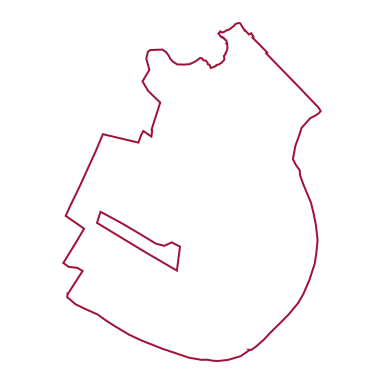 outline of Tatakamotonga, Tongatapu, Tonga
{"feature_id": "48082658B12474943410263", "entity_name": "Tatakamotonga", "entity_type": "district", "adm_level": 2, "iso_a3": "TON", "parent_name": "Tonga", "parent_adm1": "Tongatapu", "projection": "albers", "projection_center": [-175.133, -21.226], "detail": "fine", "context": "isolated", "style": "outline", "palette": "rose", "viewbox_px": 384, "rotation_deg": 0, "n_neighbors": 0, "source": "geoboundaries", "source_scale": "gbopen_adm2", "svg_char_len": 1972}
<svg xmlns="http://www.w3.org/2000/svg" viewBox="0 0 384 384"><path d="M67.5,293.8L67.2,297.2L75.6,304.3L84.9,308.8L97.8,314.6L106.1,320.6L115.7,326.7L129.5,334.9L141.5,340.5L163.0,349.0L175.7,353.2L188.6,357.6L201.2,359.8L207.0,359.7L212.8,360.7L218.3,361.0L228.4,359.8L240.8,356.1L249.5,350.1L249.1,349.8L251.3,349.9L256.1,346.5L263.9,339.6L271.0,332.0L279.7,323.5L288.8,314.3L298.0,303.2L303.2,294.3L309.3,280.2L314.7,263.8L316.3,253.2L317.6,240.1L315.9,225.2L313.6,213.4L310.9,202.5L303.6,185.1L300.1,175.4L299.9,173.0L299.7,170.3L295.8,164.8L292.9,159.0L295.4,145.8L299.2,135.4L301.5,128.0L310.2,118.2L316.2,115.1L319.2,112.9L320.7,111.0L318.3,107.4L299.9,88.1L266.1,53.3L267.2,52.5L261.8,47.0L252.4,37.5L253.5,36.8L251.3,33.3L249.0,34.5L245.0,30.3L244.7,30.6L240.2,23.3L238.4,23.0L237.2,23.4L236.1,23.8L235.3,24.2L234.6,24.8L234.1,25.9L232.5,26.9L230.1,28.9L228.5,29.8L226.5,30.3L224.7,31.6L223.9,31.9L223.3,32.2L222.1,32.5L220.3,31.4L219.6,32.6L218.4,33.4L220.9,36.7L222.2,36.9L222.3,37.7L223.6,37.7L223.8,38.5L224.8,39.2L225.6,40.2L226.2,40.3L227.1,43.3L226.5,43.7L227.2,44.1L227.4,47.5L227.2,49.6L226.1,52.2L225.5,53.0L225.7,53.8L223.9,56.0L224.2,57.6L224.4,58.7L224.0,60.1L223.6,60.6L221.3,62.9L218.6,64.6L217.0,64.8L216.2,65.2L215.9,66.0L214.5,66.6L210.8,68.0L209.5,64.8L207.8,64.3L207.5,62.7L205.7,60.5L203.4,60.3L202.0,58.4L200.1,58.0L194.9,61.8L189.4,64.2L183.9,64.6L177.2,64.4L172.8,61.6L170.3,58.8L168.5,55.3L166.0,52.1L162.5,49.6L150.4,50.0L147.9,51.8L146.3,58.7L148.8,67.8L149.4,69.8L142.5,81.4L148.2,91.0L153.9,96.5L160.2,102.6L154.3,121.0L151.5,129.9L152.2,130.4L151.4,136.6L143.3,131.0L141.0,135.4L138.4,142.6L102.9,134.2L95.2,152.4L78.7,188.5L69.7,206.9L65.7,215.9L72.1,220.3L84.1,228.7L76.0,242.4L63.3,263.0L68.8,266.9L77.3,267.8L82.6,271.0L67.8,294.0L67.5,293.8ZM97.0,222.9L100.5,211.8L120.8,222.7L139.8,233.9L156.0,243.7L164.3,245.8L171.8,242.4L180.0,246.7L176.9,270.6L146.0,252.6L97.0,222.9Z" fill="none" stroke="#9f1239" stroke-width="2"/></svg>